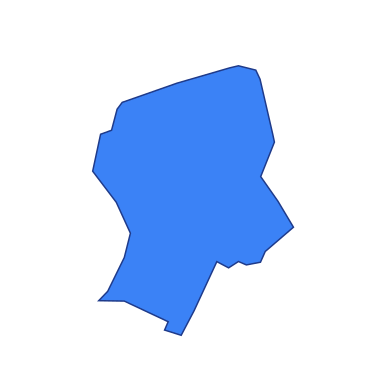 Casey, Kentucky, United States of America, rotated 204°
{"feature_id": "52423323B59242222872461", "entity_name": "Casey", "entity_type": "district", "adm_level": 2, "iso_a3": "USA", "parent_name": "United States of America", "parent_adm1": "Kentucky", "projection": "equal_earth", "projection_center": [-84.951, 37.325], "detail": "fine", "context": "isolated", "style": "filled", "palette": "blue", "viewbox_px": 384, "rotation_deg": 204, "n_neighbors": 0, "source": "geoboundaries", "source_scale": "gbopen_adm2", "svg_char_len": 547}
<svg xmlns="http://www.w3.org/2000/svg" viewBox="0 0 384 384"><g transform="rotate(204 192 192)"><path d="M127.7,137.6L121.3,147.4L112.7,147.5L100.9,155.7L100.9,167.5L85.0,201.1L109.7,218.5L135.5,234.0L137.0,271.1L141.8,277.7L175.7,322.7L183.3,329.3L200.9,326.2L208.1,320.7L250.0,285.3L292.2,245.5L294.1,237.2L290.6,215.7L299.0,207.6L291.2,170.6L257.0,151.8L231.5,129.3L227.2,104.6L228.6,67.0L233.0,54.8L209.5,64.8L161.0,63.8L160.9,54.7L143.6,56.7L141.8,84.4L141.0,138.5L127.7,137.6Z" fill="#3b82f6" stroke="#1e3a8a" stroke-width="1.5"/></g></svg>